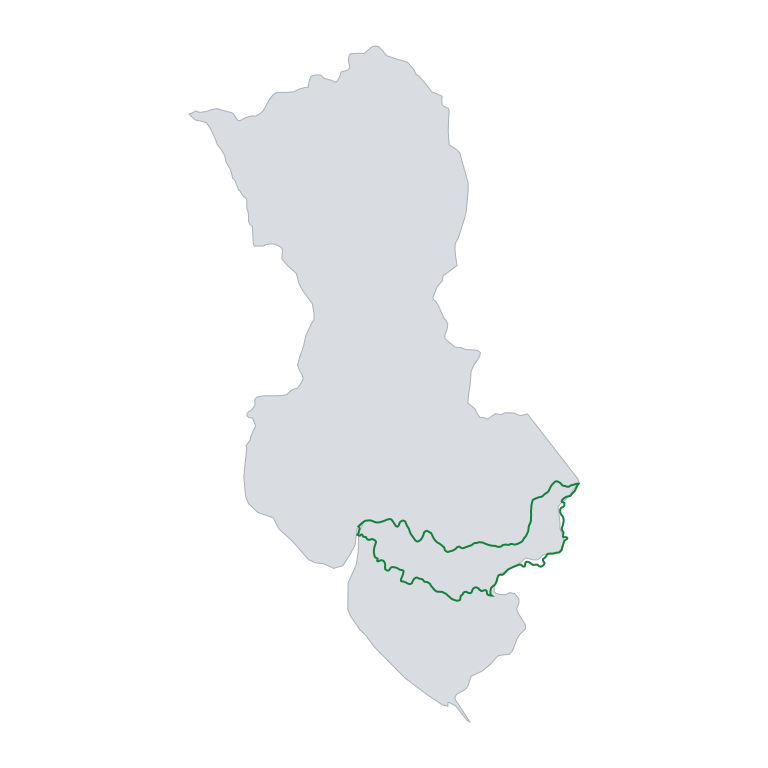 VII-1 Cuyuni, Cuyuni-Mazaruni, Guyana shown in context, rotated 180°
{"feature_id": "73187651B99697298922199", "entity_name": "VII-1 Cuyuni", "entity_type": "district", "adm_level": 2, "iso_a3": "GUY", "parent_name": "Guyana", "parent_adm1": "Cuyuni-Mazaruni", "projection": "natural_earth1", "projection_center": [-59.979, 6.583], "detail": "fine", "context": "in_parent", "style": "outline", "palette": "green", "viewbox_px": 768, "rotation_deg": 180, "n_neighbors": 0, "source": "geoboundaries", "source_scale": "gbopen_adm2", "svg_char_len": 9656}
<svg xmlns="http://www.w3.org/2000/svg" viewBox="0 0 768 768"><g transform="rotate(180 384 384)"><path d="M240.5,354.0L223.7,332.4L206.8,310.6L190.2,289.2L189.1,286.3L196.0,276.1L202.2,268.7L207.4,264.6L209.9,260.9L208.0,245.2L208.1,239.6L205.7,233.4L204.0,226.5L206.1,220.8L208.6,216.7L211.8,215.2L219.6,213.8L225.0,213.2L227.0,210.9L230.2,208.2L234.3,208.1L242.5,210.0L246.2,206.5L253.0,201.8L268.1,193.7L271.5,188.4L273.9,180.2L273.6,176.3L272.1,174.8L268.3,173.5L262.6,173.3L258.0,175.4L253.2,174.3L249.2,169.2L249.0,165.0L251.4,159.1L250.0,155.2L242.4,142.8L242.5,139.3L248.0,133.7L251.1,129.0L255.3,117.6L258.7,113.8L269.3,112.5L272.0,110.1L277.3,104.0L285.3,97.2L296.9,91.7L300.2,81.7L302.2,79.0L311.4,73.7L313.0,70.9L312.8,68.5L298.1,46.1L301.0,47.6L312.4,62.2L318.7,65.4L320.0,65.5L320.1,61.7L325.9,63.3L340.9,73.3L362.8,89.8L393.6,121.0L402.4,132.8L408.3,138.4L417.5,152.0L420.2,158.7L419.9,185.1L411.8,203.0L409.8,216.5L409.4,234.4L404.7,244.7L411.0,239.1L412.9,222.9L418.2,213.1L425.1,202.3L434.4,199.7L444.3,204.3L452.4,205.1L459.4,208.3L474.5,225.6L489.2,239.2L494.6,250.1L510.2,255.6L519.4,264.2L522.4,271.7L524.2,291.2L521.2,320.7L522.1,322.2L517.9,328.0L517.1,331.7L514.4,338.2L512.3,341.8L515.4,349.9L518.9,350.3L520.2,351.3L521.1,352.9L520.9,354.6L519.6,356.2L516.2,358.2L513.0,362.9L513.3,368.1L511.3,370.8L504.9,372.2L492.3,372.2L486.1,372.5L481.1,373.4L477.9,376.8L473.8,379.1L470.5,379.7L467.7,383.6L464.8,389.1L465.8,392.9L468.7,398.0L470.5,403.1L468.2,411.5L465.7,418.0L464.2,422.9L462.2,432.4L457.4,442.8L453.9,448.8L454.0,455.2L455.7,464.4L465.6,477.8L468.9,484.1L471.6,494.4L480.5,502.4L486.1,509.0L485.6,517.6L486.4,520.3L489.9,522.4L494.1,524.1L498.8,524.0L503.0,523.2L503.9,522.0L513.6,521.9L514.7,524.0L515.3,536.4L515.7,541.4L518.0,543.4L519.4,546.5L519.4,549.3L519.9,556.2L521.3,559.9L521.1,567.3L522.1,570.0L524.8,571.9L528.2,577.2L529.4,577.8L530.1,579.7L533.0,587.3L534.5,589.5L535.5,589.9L535.9,592.5L538.0,599.5L539.4,601.3L542.2,606.5L543.2,612.1L546.8,618.5L550.5,623.0L552.1,627.6L556.8,637.9L561.3,645.1L567.4,647.0L572.6,648.0L575.8,650.8L578.9,653.8L575.5,655.2L572.5,657.0L568.3,655.6L562.5,656.4L556.4,658.4L550.8,659.4L540.2,656.2L537.0,655.7L534.8,654.3L530.5,647.9L528.4,647.2L522.8,650.2L515.9,652.2L512.6,651.8L508.7,654.0L505.0,656.9L498.1,669.3L494.5,673.7L490.6,675.7L482.9,675.6L474.6,676.1L468.4,679.1L462.6,680.6L459.7,680.8L458.8,687.6L457.4,690.8L455.6,692.6L451.1,693.1L447.1,692.9L444.6,690.1L440.1,688.6L436.0,687.6L433.4,686.0L431.3,686.4L429.5,689.2L428.1,691.7L426.9,696.1L420.8,697.6L418.2,700.1L419.7,708.4L419.0,711.7L417.7,714.2L410.3,714.8L404.0,714.6L400.3,717.7L395.8,721.3L393.1,721.9L389.8,721.7L385.5,717.5L381.4,712.4L370.9,708.8L360.5,705.8L353.7,697.7L352.1,693.7L348.9,691.9L340.8,682.3L336.3,676.1L331.5,674.4L325.9,671.8L326.2,667.3L325.8,663.0L323.4,661.2L320.0,660.0L318.8,657.6L319.2,651.9L319.8,637.3L318.9,623.3L311.4,618.4L308.2,615.1L302.5,594.4L299.9,585.0L299.8,578.1L301.6,557.4L303.8,548.5L309.5,530.5L312.8,524.4L313.0,519.9L312.7,514.0L311.0,502.5L320.7,495.2L324.9,492.2L325.6,487.3L330.9,481.2L333.2,475.3L335.1,470.7L334.6,468.3L332.3,466.8L329.6,462.4L324.0,449.8L321.9,447.3L320.2,443.7L321.1,438.1L323.3,432.1L323.0,429.5L319.6,426.3L312.7,420.8L306.9,420.4L302.4,418.4L295.9,418.2L290.6,417.6L287.6,415.5L288.2,412.2L289.5,409.6L294.0,403.3L296.9,396.5L297.3,389.8L298.2,381.1L299.5,373.5L300.2,365.0L293.2,359.4L291.0,354.7L288.2,350.6L285.0,350.6L280.3,348.9L272.8,354.3L267.0,353.3L263.0,355.3L253.7,354.9L247.7,352.3L240.5,354.0Z" fill="#d9dde1" stroke="#a8b0b8" stroke-width="1"/><path d="M393.2,211.5L392.5,210.4L391.0,209.8L390.3,209.2L390.9,207.3L390.4,206.7L389.8,206.7L389.0,206.9L387.5,207.7L386.7,207.8L385.1,207.4L384.3,206.9L383.8,206.3L383.3,205.3L382.8,203.4L382.8,202.3L383.0,201.3L382.8,198.9L381.7,198.0L381.1,197.6L380.4,197.4L379.7,197.5L378.9,197.9L378.4,198.5L377.5,200.0L377.0,200.5L375.7,200.9L374.8,200.9L373.9,200.7L372.8,200.6L371.2,200.1L369.9,199.4L368.5,198.4L367.8,198.1L366.9,198.1L365.3,197.8L364.6,197.3L364.5,196.5L364.6,195.7L365.0,193.8L365.9,191.3L367.0,188.8L367.1,187.9L366.9,187.0L366.3,186.5L365.5,186.6L364.6,186.5L363.0,185.9L360.2,184.5L358.9,184.0L358.2,183.9L356.8,184.3L356.1,184.8L355.9,185.6L354.3,188.5L353.7,189.3L352.5,190.1L351.6,190.4L350.7,190.3L348.6,189.3L346.2,188.9L345.5,188.6L345.0,188.1L344.1,186.8L343.4,186.2L340.5,185.9L339.9,185.3L338.6,184.6L338.0,184.1L337.1,182.4L334.5,179.2L332.7,177.3L331.2,176.4L330.4,176.3L328.9,176.3L327.5,176.1L326.8,176.2L326.0,176.1L325.2,175.9L324.4,175.3L322.2,174.3L321.5,173.8L320.2,172.5L318.8,171.3L316.4,169.2L315.5,168.7L312.3,167.6L311.5,167.3L310.1,167.3L308.7,167.7L308.1,168.1L307.8,168.8L307.4,171.5L306.9,172.4L305.7,173.2L305.2,174.0L304.9,174.8L303.8,175.8L303.0,176.1L301.4,176.1L300.6,175.6L299.7,175.1L298.0,174.8L297.4,175.0L296.7,175.3L295.7,177.5L295.5,178.4L294.6,179.6L293.2,180.5L292.5,180.6L291.6,180.6L291.0,180.4L290.2,179.9L289.5,179.6L288.6,178.2L287.5,177.8L287.0,177.1L286.2,176.9L285.4,177.1L284.0,177.7L282.6,177.9L281.8,177.5L281.3,176.9L281.1,175.8L281.0,174.9L280.8,173.9L280.2,173.3L279.4,172.9L278.1,172.6L276.2,172.4L276.9,173.0L277.5,173.7L277.6,174.6L277.5,175.5L277.7,176.5L277.0,179.8L276.5,180.5L275.7,181.3L273.6,182.9L273.0,183.4L272.5,184.2L272.2,185.0L271.2,187.0L270.9,188.0L270.8,189.2L270.4,190.4L269.8,192.2L269.2,192.8L268.2,193.3L267.3,193.4L266.6,193.2L265.9,193.1L264.8,193.6L264.0,194.3L260.6,197.9L260.0,198.4L259.3,198.9L256.7,200.1L255.0,201.0L249.0,203.3L248.3,203.5L246.7,203.2L245.4,201.8L244.7,201.4L243.9,201.4L243.2,201.7L242.9,202.8L242.7,205.0L242.3,205.8L241.5,206.1L240.8,206.2L239.0,205.8L238.1,205.1L237.2,204.6L235.8,203.5L235.1,203.2L234.4,203.0L232.7,203.3L230.8,203.4L230.1,203.0L229.6,202.3L228.9,201.7L228.1,201.5L227.3,201.4L226.5,201.6L225.6,202.1L224.8,202.6L224.3,203.2L223.8,203.8L223.4,204.7L223.8,205.5L224.4,206.3L225.2,208.0L225.0,208.8L224.2,209.5L223.5,210.0L221.9,211.7L221.4,212.4L221.1,213.2L220.6,213.9L219.9,214.3L216.9,214.4L215.3,214.4L213.4,214.7L211.7,215.3L210.2,215.3L209.4,215.4L208.7,215.7L208.1,216.1L206.6,217.6L206.2,218.4L205.1,222.6L204.3,225.2L204.1,226.0L203.5,227.1L202.9,227.8L201.4,228.7L200.7,229.5L201.0,230.4L201.6,230.8L204.3,230.8L205.1,231.2L205.0,232.5L204.5,234.8L204.5,235.7L205.1,236.4L205.8,237.3L205.9,238.1L206.3,238.9L206.2,240.0L205.2,242.6L204.4,246.6L204.3,247.9L204.9,250.9L205.5,251.9L206.7,253.2L207.5,254.8L207.8,255.9L207.9,257.2L207.8,258.1L207.6,258.9L207.1,259.8L206.5,260.4L204.8,261.1L204.2,261.7L203.7,262.7L203.6,263.6L203.6,264.4L203.8,265.3L204.4,265.6L206.0,265.8L206.3,266.5L206.1,267.3L205.7,268.1L205.0,269.0L204.2,269.7L202.5,270.7L201.6,271.2L200.7,271.5L199.9,271.5L197.8,272.1L197.0,272.8L196.0,274.3L193.8,276.4L193.2,277.1L192.8,277.8L192.4,278.6L191.2,281.4L190.2,283.1L189.4,284.3L192.2,284.1L194.4,283.2L196.9,282.7L199.1,281.3L200.1,281.2L201.6,281.5L202.6,281.9L204.8,282.3L205.6,282.6L206.1,283.1L207.2,284.5L207.9,285.2L210.9,286.7L212.3,286.6L212.9,286.3L213.6,285.8L214.8,284.4L215.6,283.8L217.1,281.7L219.2,277.3L219.9,276.3L220.7,275.5L223.0,274.2L223.9,273.4L225.8,271.5L227.5,271.0L228.3,270.9L229.4,270.7L231.7,269.7L232.7,269.4L235.0,268.2L235.7,266.6L236.1,264.9L236.5,263.0L236.7,261.8L236.6,260.5L236.8,259.2L237.0,256.9L237.0,254.6L236.8,253.7L237.0,251.8L237.0,249.8L237.1,247.2L237.7,245.1L238.1,244.2L238.9,242.6L239.3,241.1L239.7,237.4L239.9,236.5L241.1,233.9L242.1,231.9L242.5,231.3L244.0,229.8L244.4,228.8L245.8,226.7L247.2,225.7L248.7,225.0L249.7,224.4L251.8,223.7L252.6,223.5L253.3,223.4L255.0,223.8L257.0,224.1L257.7,223.9L258.5,223.4L259.3,223.1L262.3,223.4L263.6,223.3L265.4,222.8L266.7,221.6L267.4,221.4L269.3,221.1L270.9,221.4L272.7,222.1L275.3,222.2L277.7,222.6L280.2,223.3L281.0,223.7L282.3,224.1L284.6,225.2L285.4,225.5L286.4,225.5L287.2,225.7L288.8,225.8L290.3,225.4L291.1,225.0L292.6,225.0L293.5,224.9L294.2,224.6L296.3,222.9L297.1,222.5L297.9,222.4L298.6,222.1L299.3,221.9L300.9,221.2L301.9,221.1L303.3,220.3L305.0,219.8L305.8,219.8L306.6,220.0L308.5,221.3L309.3,221.4L311.0,220.7L312.1,219.4L312.8,218.8L315.5,217.3L318.8,216.5L319.5,216.1L320.2,216.0L321.7,216.6L323.0,217.8L323.3,218.5L323.8,220.5L324.3,221.1L325.1,221.6L326.3,222.8L327.0,223.2L328.4,224.3L329.0,224.7L329.8,225.0L330.5,225.4L332.7,227.4L334.4,229.8L336.0,233.2L337.0,235.0L339.8,236.5L340.4,237.0L341.1,237.2L341.8,237.1L343.1,236.3L343.7,235.8L344.1,235.0L344.5,233.3L344.8,232.5L345.6,230.8L346.0,230.0L346.6,229.3L347.5,228.0L349.6,226.7L350.4,226.5L351.7,226.8L353.1,228.2L355.3,231.4L357.3,234.1L358.0,236.0L358.4,236.8L358.8,238.5L359.6,240.1L361.0,242.1L361.3,243.0L361.7,243.7L362.6,246.2L363.2,246.8L364.7,247.4L365.5,247.4L366.4,247.0L367.8,246.0L368.7,244.5L368.8,243.6L369.6,242.1L370.8,241.3L371.7,241.7L372.4,242.2L373.6,244.3L374.1,244.9L374.9,246.3L376.4,248.2L377.0,248.7L377.7,248.9L379.2,248.8L380.9,248.4L382.4,247.8L383.1,247.4L385.6,246.5L387.5,246.0L388.3,245.7L389.2,245.6L391.0,245.5L393.4,246.0L394.9,246.7L397.2,247.6L399.5,247.6L401.0,247.4L402.0,247.4L402.7,247.2L403.3,246.9L406.2,244.8L409.6,241.6L408.9,241.2L408.3,239.6L408.6,239.0L408.8,237.7L409.4,236.2L409.4,235.7L409.3,235.1L409.4,234.7L409.9,234.4L410.3,233.7L410.6,233.1L408.5,232.3L407.7,232.5L407.3,233.1L406.6,233.5L405.8,233.3L405.3,232.5L405.0,231.6L404.4,231.1L402.8,231.1L402.0,230.8L401.7,230.0L401.2,229.4L400.7,228.8L400.0,228.3L399.3,228.1L398.6,228.1L397.9,228.5L396.3,228.9L395.5,228.9L394.0,228.2L392.6,227.3L392.2,226.6L392.0,225.6L393.4,221.7L394.0,218.7L394.1,217.7L394.1,215.1L394.0,214.3L393.7,213.6L393.6,212.4L393.2,211.5Z" fill="none" stroke="#15803d" stroke-width="2"/></g></svg>